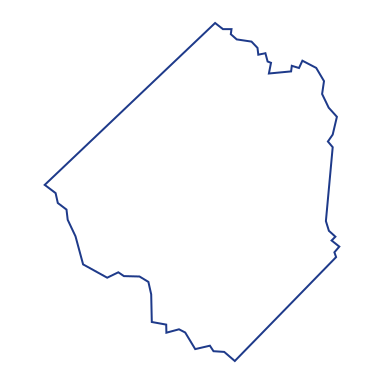 Goliad, Texas, United States of America
{"feature_id": "52423323B85181165620653", "entity_name": "Goliad", "entity_type": "district", "adm_level": 2, "iso_a3": "USA", "parent_name": "United States of America", "parent_adm1": "Texas", "projection": "equal_earth", "projection_center": [-97.401, 28.657], "detail": "fine", "context": "isolated", "style": "outline", "palette": "blue", "viewbox_px": 384, "rotation_deg": 0, "n_neighbors": 0, "source": "geoboundaries", "source_scale": "gbopen_adm2", "svg_char_len": 771}
<svg xmlns="http://www.w3.org/2000/svg" viewBox="0 0 384 384"><path d="M44.7,184.9L55.6,193.1L57.8,203.0L66.5,209.6L67.7,219.8L75.5,236.3L83.1,264.4L107.2,277.7L118.3,272.3L123.9,276.1L139.5,276.5L148.4,281.9L151.2,294.4L151.8,322.0L166.2,324.6L166.4,332.7L179.0,329.3L185.2,332.5L195.2,349.1L209.9,345.7L213.5,351.2L224.2,351.9L234.8,361.0L336.1,257.1L334.4,252.3L339.3,246.6L331.6,240.5L335.4,236.7L328.9,230.8L325.9,221.1L332.7,147.2L327.9,141.5L332.7,134.6L336.9,116.8L328.7,107.7L322.1,94.0L324.0,81.1L316.2,67.9L302.4,60.7L299.0,68.0L291.8,65.8L291.1,71.4L268.9,73.5L271.0,62.8L267.6,61.5L265.4,53.2L258.3,54.7L257.5,47.9L251.5,41.6L236.7,39.4L230.8,34.2L231.5,29.1L222.9,29.1L215.1,23.0L140.9,93.5L44.7,184.9Z" fill="none" stroke="#1e3a8a" stroke-width="2"/></svg>